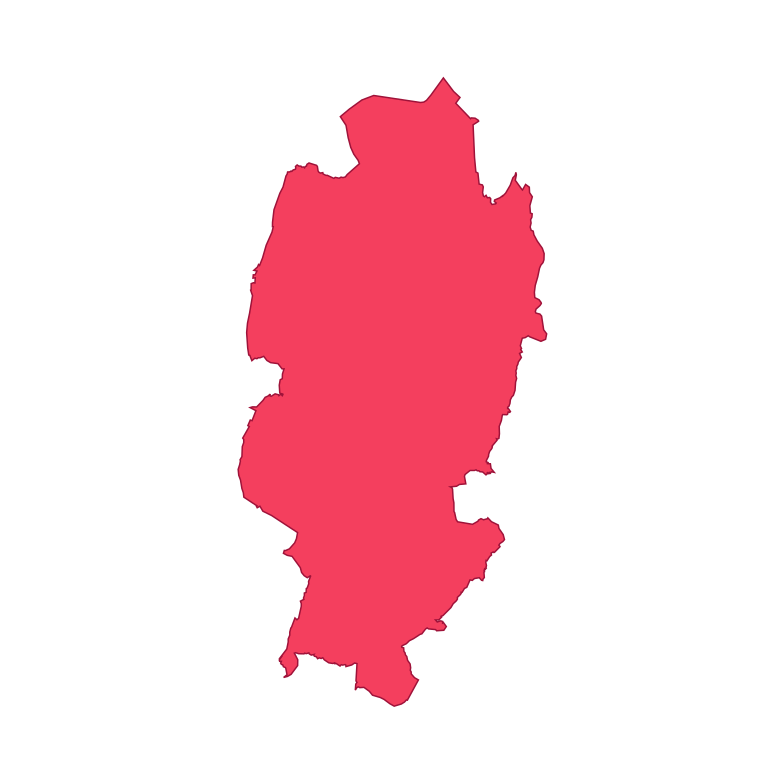 Ocoyucan, Puebla, Mexico, rotated 13°
{"feature_id": "50627088B82486318160402", "entity_name": "Ocoyucan", "entity_type": "district", "adm_level": 2, "iso_a3": "MEX", "parent_name": "Mexico", "parent_adm1": "Puebla", "projection": "equal_earth", "projection_center": [-98.314, 18.93], "detail": "fine", "context": "isolated", "style": "filled", "palette": "rose", "viewbox_px": 768, "rotation_deg": 13, "n_neighbors": 0, "source": "geoboundaries", "source_scale": "gbopen_adm2", "svg_char_len": 6163}
<svg xmlns="http://www.w3.org/2000/svg" viewBox="0 0 768 768"><g transform="rotate(13 384 384)"><path d="M373.0,72.4L364.7,92.0L361.6,98.1L359.3,100.4L356.2,101.5L309.1,105.2L298.6,112.2L288.5,123.8L281.3,133.3L288.8,140.5L293.7,152.1L298.4,161.0L302.9,166.9L308.5,171.9L310.5,174.9L301.0,188.2L299.8,190.9L297.6,192.1L295.6,192.1L294.0,193.6L290.0,193.6L288.9,194.9L281.7,193.4L280.6,193.8L277.5,193.1L276.8,191.8L274.6,192.8L272.9,192.3L271.8,191.2L270.2,187.1L269.1,186.1L261.2,185.5L259.5,187.3L259.4,189.1L258.4,189.7L258.0,191.2L256.9,190.6L255.1,191.2L254.1,190.4L252.0,190.8L250.1,190.1L248.8,191.9L249.4,193.2L249.4,194.7L247.4,195.8L246.3,197.6L245.5,197.4L244.5,198.5L242.4,199.1L242.4,201.3L241.7,203.4L241.3,214.9L239.6,221.6L237.6,238.9L239.0,251.5L239.9,255.7L240.7,255.6L240.7,261.2L238.0,275.3L237.3,288.6L236.1,296.5L234.9,295.8L234.4,298.5L231.6,302.5L234.8,302.5L233.8,306.6L232.1,307.0L232.5,310.3L234.7,309.5L235.5,314.6L234.0,314.7L232.0,316.1L233.3,322.0L232.9,322.5L236.0,327.5L237.1,345.3L237.3,355.4L238.6,364.8L243.1,379.6L245.7,386.2L246.8,386.3L250.0,391.0L252.3,388.0L254.5,387.9L255.6,386.7L257.2,386.4L260.6,384.1L264.6,387.4L268.7,388.7L276.1,388.0L281.3,392.2L283.2,391.7L282.8,397.1L283.7,401.7L281.9,403.2L282.2,408.7L284.4,416.0L284.8,416.5L287.6,416.5L287.9,417.0L287.5,418.3L285.8,417.1L284.2,419.0L283.6,418.2L280.1,418.1L276.8,421.4L275.6,421.2L275.5,420.0L275.1,419.9L273.6,421.9L271.2,423.7L269.8,427.2L265.1,435.0L260.9,435.9L258.8,437.1L265.2,438.8L263.7,449.4L261.8,449.2L260.7,455.2L262.3,455.7L258.5,468.5L259.8,469.6L260.5,472.7L260.0,476.9L261.9,486.7L260.8,490.2L261.4,491.4L261.5,495.2L261.1,500.0L263.0,505.6L265.8,509.9L269.0,517.7L271.4,521.6L272.9,525.8L287.6,531.3L287.2,531.8L288.3,533.1L290.6,531.0L294.6,535.2L304.0,537.4L333.2,548.2L333.5,554.4L332.7,558.9L328.9,565.9L325.4,568.5L324.3,568.6L324.1,571.6L328.2,572.7L333.2,572.6L343.8,581.8L346.1,586.2L349.3,588.7L352.8,590.0L355.3,587.5L355.7,587.7L354.9,593.4L355.6,595.6L355.0,600.1L354.3,600.8L355.0,604.6L353.4,605.6L354.0,608.1L353.7,610.7L354.4,611.8L351.4,614.4L352.8,616.5L353.4,619.2L353.5,631.5L352.2,633.3L349.9,632.0L348.6,641.7L348.1,642.8L348.0,646.9L348.7,649.9L348.0,654.0L348.7,656.9L348.9,664.1L344.5,673.8L345.3,673.3L344.0,676.4L344.7,677.7L346.4,677.3L346.1,679.2L347.1,680.3L348.5,680.4L349.6,682.1L351.8,682.5L352.3,683.2L354.9,689.1L352.2,692.5L355.8,690.6L358.8,687.8L363.2,677.8L362.0,672.1L357.2,666.4L358.3,665.7L361.5,666.0L366.8,664.9L367.1,664.2L368.9,664.2L371.3,662.9L371.9,663.8L374.1,664.5L376.6,663.3L376.4,663.8L377.4,664.9L379.5,665.0L381.1,666.6L382.6,665.4L384.5,665.6L385.9,664.5L387.9,666.2L392.9,668.1L397.1,667.8L398.7,666.8L399.1,667.6L400.2,667.1L404.6,668.7L405.5,667.1L406.9,667.2L409.3,666.1L409.9,666.3L410.5,667.9L415.8,665.0L418.1,662.5L420.6,662.5L423.5,679.6L424.8,680.8L424.0,682.8L424.9,688.7L425.9,685.9L427.0,684.9L428.7,685.3L432.7,684.1L438.8,686.7L442.8,689.8L450.9,690.3L455.0,691.3L461.6,694.2L466.4,695.6L472.9,691.9L475.5,689.3L476.9,686.8L477.9,686.8L484.1,664.6L479.8,663.3L475.7,660.3L475.3,658.5L474.0,657.0L473.8,654.5L472.4,650.9L469.1,647.9L467.5,644.4L465.9,643.2L464.9,641.1L463.6,640.1L462.5,636.6L460.7,636.6L460.2,635.8L460.6,634.9L464.2,632.0L466.5,628.4L469.9,625.6L475.5,619.8L477.1,618.9L479.6,613.4L480.9,612.0L482.5,612.6L489.5,611.7L490.8,612.6L497.7,610.5L499.3,606.3L495.6,603.1L494.9,603.7L494.6,602.2L492.6,602.0L489.4,603.9L487.2,602.3L490.6,601.4L492.6,598.1L491.9,597.5L493.6,596.3L499.5,586.8L500.8,582.6L503.3,578.9L503.9,577.1L503.5,575.4L505.8,572.0L506.4,570.2L506.0,569.6L507.0,569.3L508.4,565.1L510.4,563.5L511.9,555.5L514.2,555.5L515.9,553.2L520.4,551.3L523.2,553.3L524.4,553.3L524.4,551.8L525.3,550.0L523.7,544.9L524.2,544.3L523.5,543.3L523.6,541.7L524.2,542.2L525.1,540.4L524.6,539.8L524.7,537.9L523.3,534.9L523.2,532.9L524.1,533.1L525.8,528.3L527.2,526.5L526.4,524.7L528.1,523.1L529.0,523.5L529.6,523.0L533.5,516.7L533.6,516.2L532.2,515.2L532.8,513.4L535.3,510.7L536.4,508.5L534.0,503.9L528.5,498.9L527.1,495.7L519.7,494.0L515.3,491.1L515.1,492.0L511.5,493.9L508.8,493.4L506.7,495.3L506.4,496.6L501.8,500.8L486.7,501.7L484.7,499.7L481.7,493.3L480.9,492.6L478.8,484.0L477.1,480.1L474.5,471.2L473.6,469.8L471.8,469.3L477.7,467.3L480.1,464.9L486.2,462.9L483.2,456.0L483.3,454.0L487.3,448.9L491.6,447.9L493.0,446.9L494.4,447.6L495.9,447.2L497.1,447.9L499.9,447.5L503.8,449.6L504.7,448.5L504.5,447.3L504.9,447.0L505.3,447.7L506.4,446.8L506.4,447.7L507.7,447.2L508.3,445.4L511.3,445.3L507.3,442.2L505.6,437.8L502.0,438.5L502.9,438.0L503.1,437.1L501.1,436.8L501.0,435.4L502.1,430.9L501.8,429.0L502.1,425.9L503.6,422.5L503.7,420.7L503.3,420.2L506.8,413.3L505.9,412.0L507.1,412.0L508.2,411.2L507.7,406.6L505.8,399.4L506.6,393.2L506.3,388.1L506.5,387.1L510.6,386.3L511.2,385.7L511.3,383.3L512.9,383.4L513.4,382.4L510.8,380.0L510.0,380.1L509.7,378.8L510.7,377.7L511.1,374.7L510.7,370.9L511.5,367.7L512.6,366.0L513.1,360.7L511.8,352.5L512.0,348.8L510.5,345.9L510.4,343.7L509.5,341.5L509.9,339.2L509.4,337.1L510.0,334.5L509.9,332.5L511.9,327.3L509.2,323.7L511.5,321.7L509.4,319.5L510.0,318.5L508.2,316.1L508.4,308.3L511.2,307.0L513.7,304.5L515.2,305.2L527.3,307.1L531.4,304.1L531.2,298.5L527.4,295.3L522.3,282.4L520.2,280.8L516.1,280.7L515.2,279.5L515.3,276.8L518.3,272.5L519.2,270.2L518.7,269.2L516.1,267.0L511.5,265.9L509.9,260.8L509.2,253.9L509.7,244.9L509.5,236.2L510.1,232.9L511.6,230.0L511.9,227.0L510.7,220.9L507.7,216.1L501.2,210.3L496.5,204.9L495.0,201.5L492.8,201.1L491.1,198.2L491.1,194.1L489.9,191.0L490.6,188.2L490.1,184.8L488.2,184.5L486.0,177.5L486.4,168.2L482.8,164.8L481.3,159.5L477.1,157.7L475.3,163.8L474.7,163.5L466.1,156.0L465.9,150.4L464.9,148.1L464.8,151.3L463.2,154.1L462.3,161.9L459.6,170.6L457.4,174.2L457.2,173.9L455.0,176.5L450.4,179.8L450.4,181.3L452.6,182.4L452.3,183.3L448.8,184.8L446.9,183.0L446.3,179.5L445.0,178.5L442.8,179.3L441.0,177.2L439.7,178.9L438.6,178.5L437.0,175.3L436.4,169.6L435.1,167.9L431.7,167.8L428.1,157.4L425.8,156.7L421.3,143.1L412.5,111.4L417.1,106.7L416.7,105.9L413.0,104.5L409.2,105.1L408.6,106.0L390.8,94.3L393.6,87.7L386.0,83.3L373.0,72.4Z" fill="#f43f5e" stroke="#9f1239" stroke-width="1.5"/></g></svg>